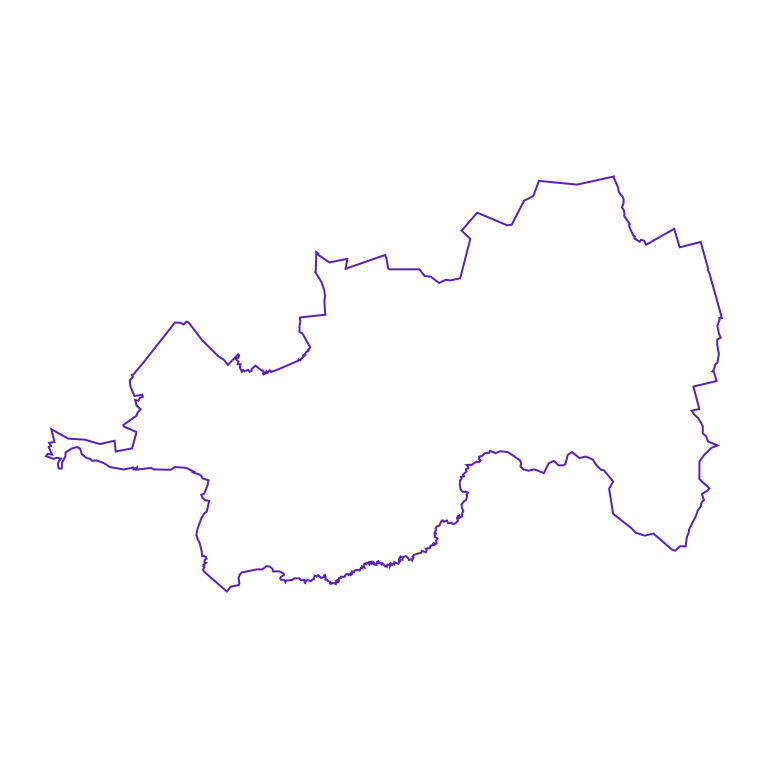 Gudenieku pag., Kuldigas, Latvia
{"feature_id": "27541924B44633167106619", "entity_name": "Gudenieku pag.", "entity_type": "district", "adm_level": 2, "iso_a3": "LVA", "parent_name": "Latvia", "parent_adm1": "Kuldigas", "projection": "albers", "projection_center": [21.583, 56.889], "detail": "fine", "context": "isolated", "style": "outline", "palette": "violet", "viewbox_px": 768, "rotation_deg": 0, "n_neighbors": 0, "source": "geoboundaries", "source_scale": "gbopen_adm2", "svg_char_len": 6098}
<svg xmlns="http://www.w3.org/2000/svg" viewBox="0 0 768 768"><path d="M708.2,268.9L700.7,242.0L679.7,247.3L674.2,228.8L646.2,244.7L644.0,240.6L640.9,239.8L639.8,241.8L634.7,238.6L634.3,237.7L634.9,236.4L633.2,235.4L629.9,228.3L629.0,224.8L629.7,224.1L624.2,215.9L624.4,213.2L623.6,209.9L621.9,207.5L623.5,203.7L623.6,199.5L622.8,197.1L618.7,191.8L618.1,187.6L613.9,177.9L613.9,176.5L577.0,184.6L538.9,180.9L533.3,196.0L524.1,200.8L511.7,224.7L507.2,225.3L477.2,212.7L461.6,230.7L470.3,238.9L460.2,278.3L450.3,280.4L445.6,279.8L439.1,283.0L430.8,276.7L424.6,276.0L419.3,269.3L389.3,269.3L388.2,268.4L386.4,258.1L385.1,255.0L345.7,268.7L347.3,258.9L329.4,262.4L318.3,254.9L318.4,253.7L316.3,252.1L315.7,272.0L315.3,272.2L321.3,281.7L324.2,290.1L325.0,295.4L324.4,302.3L325.3,314.7L299.9,317.5L300.4,321.8L299.5,325.8L299.5,331.9L302.3,333.4L310.2,347.3L307.8,350.2L308.5,350.8L306.3,351.9L305.1,353.8L305.3,354.7L303.8,354.8L304.1,355.8L303.2,355.9L303.6,356.5L300.1,360.4L298.7,359.5L298.0,360.8L279.6,368.8L271.2,371.9L269.8,370.3L267.2,373.0L266.7,372.7L267.3,372.0L266.4,371.0L265.6,372.1L265.8,373.4L263.5,374.5L262.9,373.5L263.9,372.3L262.9,370.5L261.4,370.4L255.5,365.6L251.6,369.0L251.6,370.8L250.9,371.4L249.7,371.7L248.1,369.8L244.7,371.4L243.0,369.9L241.9,371.7L239.8,367.4L240.5,364.3L237.7,364.2L238.5,361.5L235.8,359.1L236.3,357.9L238.3,357.9L239.1,355.5L238.1,354.3L227.9,364.9L223.5,359.4L217.8,355.8L202.0,340.0L188.6,322.5L186.3,321.8L183.5,324.4L180.4,322.8L175.0,322.5L142.8,363.3L133.7,374.1L132.0,374.9L132.9,376.6L129.9,380.3L130.4,386.4L134.5,396.0L142.3,394.8L142.8,396.9L139.9,397.9L138.4,400.9L135.1,399.9L136.7,405.8L140.5,409.0L137.1,413.6L136.4,415.8L123.4,424.9L123.7,426.5L136.1,431.9L136.3,433.0L132.1,448.3L115.7,451.5L114.5,440.7L99.9,444.1L85.0,439.7L68.2,438.6L51.3,429.2L54.5,442.0L49.1,442.9L51.0,445.9L48.7,447.1L52.1,454.6L47.5,453.9L46.1,456.1L53.3,458.8L57.6,457.8L60.9,458.6L58.6,461.5L57.9,464.1L58.6,468.5L61.7,468.5L62.1,462.6L65.5,456.2L65.5,452.6L71.2,448.7L77.0,447.0L80.0,448.6L82.0,454.3L86.3,457.8L90.2,458.9L92.4,460.9L96.3,460.4L104.4,463.3L109.6,467.0L123.7,469.5L133.3,467.6L133.5,469.4L136.7,467.4L136.3,469.7L151.3,467.9L153.5,469.4L170.6,469.8L175.2,467.0L186.4,467.9L193.7,471.6L192.6,472.1L194.6,473.2L198.6,474.0L201.3,475.9L202.5,478.4L208.5,480.3L207.5,485.4L204.2,493.6L201.3,494.8L202.6,498.2L206.3,500.5L209.2,500.8L206.8,511.5L204.3,513.3L201.4,518.2L197.6,528.4L196.4,534.9L197.7,539.3L199.6,542.9L201.7,551.4L202.1,556.2L203.6,555.8L206.1,557.3L206.6,558.7L204.5,560.1L204.5,562.4L206.0,562.9L203.5,564.8L204.3,565.6L203.4,566.3L204.4,567.2L203.1,569.5L203.8,571.4L226.8,591.5L230.7,586.7L238.7,585.1L239.4,583.5L238.6,577.8L239.8,574.6L241.8,572.4L256.9,569.4L262.3,569.4L266.5,566.2L269.7,566.5L272.4,568.7L273.0,571.4L279.3,571.3L283.5,573.5L284.0,574.8L280.8,576.9L280.2,578.6L280.8,579.6L284.2,580.0L285.4,582.2L286.1,580.6L292.5,579.9L294.1,578.4L299.3,578.4L300.8,580.0L304.5,579.8L304.6,582.5L305.4,583.0L305.5,581.4L307.4,580.1L311.1,581.0L312.3,579.5L313.7,579.4L314.6,575.7L316.5,576.6L318.2,575.2L321.2,578.0L324.2,576.8L324.0,575.5L324.9,574.9L325.6,576.7L325.4,579.7L327.2,579.7L327.6,580.9L330.3,581.9L329.9,583.4L330.6,584.0L332.7,582.8L335.8,584.1L336.0,583.5L335.2,582.9L335.8,582.2L338.4,582.2L338.8,581.1L336.6,580.4L339.1,579.1L339.0,578.1L341.0,577.9L340.9,576.7L344.6,576.9L345.3,575.0L346.5,574.3L348.2,574.1L348.5,575.0L349.9,573.9L350.6,575.1L352.0,574.2L351.4,572.9L352.1,571.4L354.1,572.1L354.4,570.7L356.0,569.8L359.7,570.5L360.7,568.1L362.3,568.4L362.2,566.5L364.3,567.4L363.6,566.0L364.3,563.8L366.1,564.4L366.7,563.9L366.5,562.9L368.2,562.6L369.5,564.4L370.3,563.3L369.6,561.9L371.6,561.7L371.3,563.2L371.7,563.7L372.7,562.2L373.8,562.2L374.2,563.3L373.8,564.3L376.3,564.9L376.2,563.8L377.2,563.4L377.0,562.0L378.3,561.2L379.2,563.3L380.7,562.9L381.8,564.5L382.5,563.5L385.3,566.5L386.2,565.8L386.9,566.6L387.6,564.8L388.3,565.2L390.1,563.6L390.1,566.2L391.6,563.9L392.6,564.8L393.6,563.6L394.2,564.1L394.4,562.0L398.4,563.9L399.7,561.6L399.0,561.5L398.9,560.3L400.9,559.9L399.0,559.1L400.6,556.5L402.8,558.3L403.2,556.9L405.9,556.2L407.8,557.6L409.1,560.0L411.1,559.3L412.1,560.5L413.6,557.1L412.8,556.3L414.1,554.8L421.2,552.6L421.9,550.9L425.8,552.2L426.8,550.1L425.8,548.6L429.8,548.1L430.5,545.6L433.8,545.1L433.1,543.9L433.8,543.1L434.5,544.1L436.5,543.6L436.2,540.4L437.5,538.3L435.1,537.1L434.5,533.3L435.7,533.3L435.2,531.5L436.1,530.1L435.6,528.9L436.5,526.6L439.3,525.7L441.2,521.4L442.7,520.3L443.9,521.7L447.0,520.5L448.2,523.3L451.4,522.7L452.4,523.9L455.3,523.5L458.0,520.8L457.0,518.0L457.7,516.2L459.0,515.6L458.5,517.3L458.9,518.1L462.2,516.3L462.2,513.4L463.3,511.1L462.0,507.9L461.5,504.6L464.3,500.9L465.9,500.3L467.2,496.1L466.5,494.9L468.0,492.7L466.7,491.8L462.6,491.8L460.7,489.7L459.8,485.4L460.0,480.6L461.5,478.9L461.0,476.8L463.8,476.6L464.0,475.8L463.0,474.6L466.6,471.4L465.8,469.3L468.4,468.1L468.1,466.4L466.7,465.0L471.8,464.8L476.0,461.9L479.2,462.1L480.6,460.4L478.8,458.9L479.5,457.9L479.1,456.6L482.2,455.9L484.7,453.3L489.3,452.7L490.1,450.8L495.5,453.2L500.5,451.2L508.0,452.2L519.8,460.2L521.1,462.7L520.5,466.7L523.7,469.4L528.4,470.7L534.5,469.4L543.9,473.1L548.7,463.2L553.8,460.9L558.5,465.3L563.5,465.3L565.4,464.0L567.8,454.9L572.1,452.1L579.5,458.1L585.6,456.5L592.8,459.5L596.1,464.8L601.0,469.8L603.9,470.3L613.2,481.5L609.1,488.6L613.1,513.8L631.4,528.2L635.9,532.8L644.7,535.6L653.5,533.6L672.2,549.8L675.1,550.7L680.3,546.2L685.6,546.4L686.9,537.0L688.6,533.0L689.1,529.3L695.9,516.1L697.8,510.3L701.0,506.1L701.0,504.6L702.2,501.6L703.9,500.0L701.9,493.9L706.9,491.0L709.4,488.4L699.4,479.1L699.4,461.7L704.4,454.6L711.5,447.8L717.6,445.4L708.1,441.6L706.2,436.5L702.7,433.2L702.8,426.4L702.0,424.7L698.2,418.1L694.3,414.7L691.8,410.7L699.3,409.0L693.4,386.5L716.6,381.0L713.8,371.8L712.4,371.4L713.7,369.8L715.5,364.1L717.4,362.5L718.1,359.3L718.9,353.7L717.2,344.8L717.3,339.5L720.7,337.7L718.9,333.7L717.4,325.5L719.6,319.9L719.4,317.9L721.9,318.0L709.8,274.6L707.9,269.7L708.2,268.9Z" fill="none" stroke="#5b21b6" stroke-width="2"/></svg>